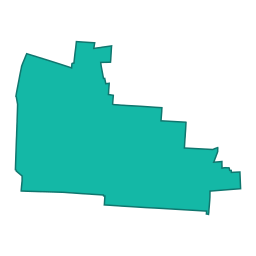 Victoria, Braila, Romania (Natural Earth projection)
{"feature_id": "2599482B65083865075040", "entity_name": "Victoria", "entity_type": "district", "adm_level": 2, "iso_a3": "ROU", "parent_name": "Romania", "parent_adm1": "Braila", "projection": "natural_earth1", "projection_center": [27.658, 44.813], "detail": "fine", "context": "isolated", "style": "filled", "palette": "teal", "viewbox_px": 256, "rotation_deg": 0, "n_neighbors": 0, "source": "geoboundaries", "source_scale": "gbopen_adm2", "svg_char_len": 2483}
<svg xmlns="http://www.w3.org/2000/svg" viewBox="0 0 256 256"><path d="M104.3,204.9L105.5,205.0L109.3,205.2L114.9,205.6L115.1,205.6L118.3,205.8L119.3,205.9L122.0,206.1L125.5,206.3L130.6,206.6L146.2,207.6L156.5,208.1L171.5,209.0L195.1,210.4L206.6,211.1L206.4,214.0L206.7,214.0L207.0,214.1L207.3,214.1L207.7,214.2L208.0,214.2L208.2,214.3L208.5,214.4L208.8,212.2L208.9,210.0L209.3,205.7L209.4,204.4L209.7,200.7L209.9,197.1L210.0,191.1L230.1,189.5L240.6,188.7L239.9,172.0L231.4,172.4L231.2,170.4L229.7,170.4L229.5,169.7L229.2,168.0L228.9,167.8L226.6,167.8L226.2,167.7L225.8,167.7L223.7,167.8L223.2,168.0L222.0,168.1L222.0,166.6L221.9,164.1L221.9,161.5L217.8,161.9L213.7,162.2L214.4,160.5L215.0,158.8L215.3,158.0L215.7,157.1L216.3,155.3L217.1,153.3L217.5,152.1L217.7,151.5L217.7,150.2L217.7,149.5L217.8,147.9L217.7,147.6L215.7,148.3L214.3,148.8L213.6,149.2L213.1,149.4L212.6,149.5L197.4,148.7L184.5,148.0L184.4,148.0L184.9,139.6L185.2,136.0L185.3,133.7L185.6,129.7L186.0,122.3L185.7,122.2L176.8,121.7L161.0,120.8L161.7,111.8L161.8,109.3L161.9,108.3L161.9,107.7L155.3,107.3L151.1,107.0L141.0,106.3L135.8,106.0L130.2,105.7L126.5,105.5L123.9,105.3L121.4,105.2L118.3,104.9L114.9,104.7L113.8,104.6L113.2,104.5L112.6,104.1L113.3,95.6L113.3,95.3L108.4,94.5L108.6,92.5L108.7,89.6L108.8,89.0L109.2,83.3L105.8,83.7L104.7,78.4L103.5,78.5L101.2,66.2L100.7,62.4L106.9,62.3L109.9,62.2L110.5,62.2L110.7,59.9L110.8,58.1L111.2,51.7L111.3,49.8L111.5,46.8L111.6,45.9L108.1,46.4L105.2,46.8L102.2,47.2L100.8,47.5L97.5,47.9L93.8,48.4L94.7,42.8L82.2,42.0L76.4,41.6L75.7,48.0L75.0,53.2L73.9,63.1L72.5,63.3L72.3,63.3L72.1,63.5L71.9,63.8L71.6,67.9L61.2,64.5L56.2,62.9L49.0,60.6L26.7,53.7L25.5,56.5L24.6,58.8L22.8,63.1L21.6,66.3L21.4,67.5L21.3,68.0L20.0,74.4L18.7,81.3L17.2,89.1L16.6,92.2L15.9,96.4L16.3,96.9L17.6,104.3L17.4,111.8L17.1,120.6L17.1,120.9L17.1,121.2L17.2,121.4L17.2,121.5L17.1,121.8L16.9,126.2L17.0,126.4L17.0,126.6L17.0,126.8L16.9,127.0L16.8,129.9L16.7,131.9L16.6,135.9L16.4,140.0L15.6,163.3L15.4,169.6L15.7,169.6L16.3,170.7L16.3,171.1L16.6,171.3L17.5,172.1L19.0,173.4L22.1,176.0L22.1,177.5L22.1,181.0L22.0,181.8L21.7,184.9L21.6,185.7L21.2,190.3L21.2,191.0L24.1,191.1L26.1,191.2L36.2,191.5L38.9,191.6L44.3,191.7L50.5,191.9L63.5,192.3L66.2,192.5L68.8,192.7L72.1,192.9L76.1,193.2L81.7,193.6L83.0,193.7L85.3,193.8L88.3,194.0L90.4,194.1L91.0,194.2L100.6,194.8L103.4,195.0L103.5,195.8L104.2,196.1L104.9,196.1L104.6,200.8L104.4,204.1L104.3,204.9Z" fill="#14b8a6" stroke="#0f766e" stroke-width="1.5"/></svg>